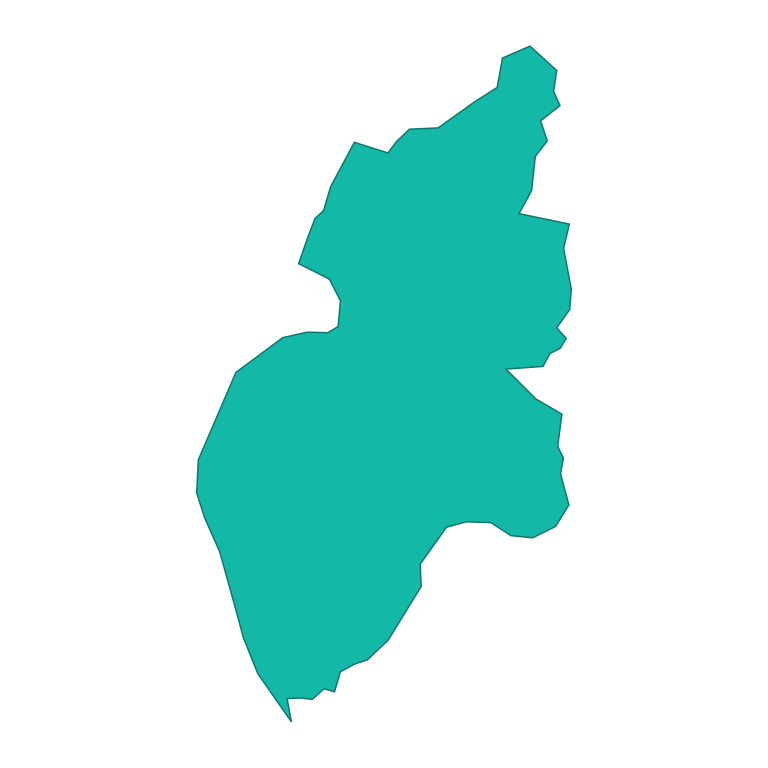 outline of Bom Retiro do Sul, Rio Grande do Sul, Brazil
{"feature_id": "56859067B38200591405755", "entity_name": "Bom Retiro do Sul", "entity_type": "district", "adm_level": 2, "iso_a3": "BRA", "parent_name": "Brazil", "parent_adm1": "Rio Grande do Sul", "projection": "equal_earth", "projection_center": [-51.914, -29.636], "detail": "fine", "context": "isolated", "style": "filled", "palette": "teal", "viewbox_px": 768, "rotation_deg": 0, "n_neighbors": 0, "source": "geoboundaries", "source_scale": "gbopen_adm2", "svg_char_len": 1015}
<svg xmlns="http://www.w3.org/2000/svg" viewBox="0 0 768 768"><path d="M561.9,414.2L535.9,399.0L506.0,369.1L543.0,366.4L549.9,353.6L560.3,348.2L566.2,338.4L556.7,327.8L569.7,309.6L571.3,289.0L563.6,248.5L569.3,224.1L539.0,217.8L519.0,213.7L531.6,190.6L535.3,156.4L547.3,140.9L540.6,120.8L560.0,105.6L553.6,91.5L556.7,70.5L530.0,46.1L502.5,58.0L497.2,87.4L474.2,102.1L438.1,127.9L409.4,129.2L396.4,141.7L388.0,152.9L372.2,148.0L354.4,142.3L330.8,186.3L323.5,210.7L315.1,218.4L308.4,235.7L298.6,263.7L317.4,273.0L329.4,279.2L340.4,300.7L338.2,326.5L327.8,332.7L307.0,332.2L282.8,337.6L235.9,372.4L198.3,459.9L196.7,493.0L204.6,517.7L219.7,551.7L236.4,611.7L243.3,637.5L257.8,673.6L291.4,721.9L287.1,698.6L300.7,698.0L312.1,699.4L324.1,688.8L334.5,691.8L340.4,671.7L354.5,664.1L367.5,659.7L388.1,640.2L421.2,586.4L420.2,564.1L446.5,527.2L466.4,521.8L490.9,522.6L510.8,535.6L532.6,537.8L555.6,526.4L568.9,504.9L560.5,473.7L563.4,458.2L557.7,446.3L561.9,414.2Z" fill="#14b8a6" stroke="#0f766e" stroke-width="1.5"/></svg>